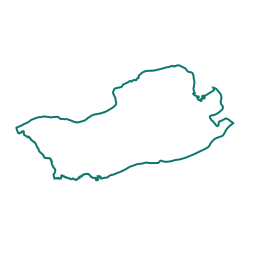 Bener Meriah, Aceh, Indonesia, rotated 329°
{"feature_id": "22746128B4257100474226", "entity_name": "Bener Meriah", "entity_type": "district", "adm_level": 2, "iso_a3": "IDN", "parent_name": "Indonesia", "parent_adm1": "Aceh", "projection": "mercator", "projection_center": [96.897, 4.775], "detail": "fine", "context": "isolated", "style": "outline", "palette": "teal", "viewbox_px": 256, "rotation_deg": 329, "n_neighbors": 0, "source": "geoboundaries", "source_scale": "gbopen_adm2", "svg_char_len": 5625}
<svg xmlns="http://www.w3.org/2000/svg" viewBox="0 0 256 256"><g transform="rotate(329 128 128)"><path d="M220.6,178.1L220.1,176.3L219.5,175.3L218.6,172.7L217.1,170.4L216.5,170.1L214.2,170.1L213.4,169.9L211.1,169.9L209.5,169.4L209.0,169.7L208.1,170.6L206.8,172.4L205.6,172.4L205.3,172.2L205.0,171.5L204.7,168.8L204.2,165.9L203.6,164.4L203.5,162.1L203.7,160.7L204.2,160.3L204.8,160.1L205.6,160.2L206.9,160.5L208.1,161.1L209.5,161.4L211.6,161.5L213.4,161.5L215.0,161.3L218.4,160.6L219.4,159.9L220.0,159.3L220.3,158.3L220.4,157.3L220.2,156.0L220.2,154.9L220.5,154.0L221.8,152.2L222.8,151.2L223.5,150.3L224.1,149.3L224.6,147.8L224.7,146.5L224.7,145.1L223.7,139.7L222.8,138.4L221.8,137.4L221.7,139.1L221.4,139.5L220.9,139.9L213.9,140.0L212.4,140.1L211.1,140.1L210.5,139.8L208.9,138.9L208.2,138.9L208.0,139.0L207.9,139.3L207.8,139.5L207.9,139.8L208.1,140.0L209.2,140.3L209.6,140.7L209.4,141.4L208.7,142.0L207.8,141.7L207.3,141.4L207.1,140.9L206.7,140.7L206.3,140.6L205.8,140.8L205.5,141.0L205.2,142.1L204.9,142.5L204.5,142.5L204.3,142.3L203.9,141.4L203.2,140.5L202.7,139.5L202.8,138.9L203.7,138.4L204.3,138.3L204.6,138.1L204.7,137.2L204.0,136.9L203.5,137.2L203.1,137.1L203.0,136.6L203.2,136.2L203.1,135.7L202.8,135.1L202.5,134.7L201.9,134.2L201.7,133.8L201.5,132.2L203.3,132.4L203.3,131.6L203.5,130.1L203.9,129.1L204.4,128.0L207.8,124.1L209.0,122.0L209.8,119.5L210.7,117.7L211.3,116.2L211.5,114.9L211.4,113.7L211.0,113.0L210.1,112.3L208.6,110.7L208.2,109.7L208.0,107.5L207.6,106.0L205.9,103.5L204.6,101.2L203.8,100.5L202.8,99.8L201.7,99.5L199.5,99.1L199.5,98.7L198.4,98.3L198.1,97.7L197.1,97.1L196.1,97.2L194.6,96.8L192.1,95.8L189.7,95.2L182.4,93.0L179.3,91.9L174.8,89.4L173.1,88.6L171.6,88.1L171.0,88.1L169.5,87.9L168.0,87.9L166.7,88.3L165.1,88.4L163.7,89.0L163.3,90.2L163.0,90.5L162.6,90.6L161.5,90.3L161.1,90.3L160.0,91.1L159.6,91.2L159.2,91.1L158.7,90.3L158.4,90.1L157.9,90.1L157.3,89.8L156.8,89.7L155.3,90.1L154.4,89.6L154.3,89.1L154.1,88.8L153.6,88.7L150.8,88.8L146.2,88.2L144.1,89.4L143.2,89.4L137.7,87.5L136.4,87.6L135.9,87.9L133.7,89.5L133.3,90.2L133.0,91.3L132.9,93.2L132.7,94.7L132.8,95.0L132.7,95.7L132.4,96.4L131.8,97.3L131.1,99.9L130.6,100.8L130.0,101.4L129.0,102.0L126.8,102.5L124.5,102.7L118.0,102.6L114.2,101.9L111.0,101.0L106.0,99.1L104.7,98.8L103.3,98.6L99.4,98.7L95.4,99.3L93.4,98.9L90.1,98.1L88.2,97.5L86.8,96.7L85.2,95.3L82.4,91.5L80.1,88.8L78.1,87.8L76.2,86.2L74.9,85.5L74.5,84.8L73.9,82.7L72.8,81.8L71.5,81.1L70.2,80.6L69.0,79.7L67.1,79.2L66.3,78.1L65.7,77.8L63.8,76.2L62.1,75.0L59.8,74.0L58.1,73.5L57.7,73.0L57.2,72.9L56.5,72.5L56.0,72.5L53.9,72.0L49.3,71.2L45.9,71.6L44.5,71.6L42.6,71.4L41.2,71.1L39.9,71.0L39.2,71.1L36.3,70.8L35.5,70.6L34.8,70.6L32.9,70.3L32.5,70.3L32.1,71.2L32.1,71.7L31.6,73.2L31.3,75.7L31.9,76.0L32.0,76.2L32.0,76.6L32.3,76.7L33.2,76.5L33.7,76.6L33.9,76.9L34.4,76.8L34.9,76.5L35.8,76.8L36.1,76.6L36.3,77.0L36.6,77.1L36.5,77.3L36.7,77.9L36.2,78.3L36.0,78.6L35.4,80.7L36.6,82.4L36.8,82.8L37.0,83.0L37.0,83.7L37.3,84.2L38.1,84.7L38.4,84.5L38.5,84.8L38.7,85.3L38.6,86.1L39.0,86.5L38.8,88.4L39.4,89.2L39.5,90.0L39.6,90.6L40.1,91.3L40.6,91.6L40.5,92.8L40.9,94.5L40.5,95.9L40.6,96.3L40.3,97.0L40.2,98.2L40.6,99.2L40.6,99.7L40.1,100.7L39.9,101.9L40.3,104.0L40.7,105.1L40.8,105.5L41.2,106.5L41.4,107.7L41.4,108.7L40.9,109.5L41.3,110.2L41.7,111.3L42.1,111.5L42.5,111.5L43.4,112.2L43.9,112.9L44.4,112.9L45.4,113.6L45.5,114.5L45.8,114.9L45.8,115.3L45.6,115.6L45.3,115.7L45.1,116.3L45.5,116.6L45.5,117.6L45.3,118.0L44.8,118.3L44.5,118.8L44.1,119.9L44.1,121.6L43.8,122.7L43.8,123.4L44.1,124.6L44.1,126.6L44.0,126.8L42.5,128.2L42.0,128.8L41.1,129.0L40.2,129.5L39.4,131.8L39.0,133.5L39.5,133.6L40.0,133.7L40.2,134.0L40.8,134.3L41.3,134.3L41.4,134.5L41.4,134.8L42.2,134.7L42.6,134.9L42.6,135.3L42.9,135.6L43.0,136.1L43.6,136.4L43.8,136.4L44.4,136.7L44.6,136.1L45.6,135.7L45.9,135.2L46.3,134.5L46.8,134.4L47.0,134.5L47.2,135.8L48.2,136.0L48.3,136.2L48.2,137.1L48.8,137.9L49.1,138.0L49.3,138.3L49.7,138.4L49.9,138.6L49.9,139.2L50.2,139.4L50.7,139.7L50.9,140.0L50.9,140.3L51.3,140.8L51.8,140.9L52.1,141.2L52.3,141.5L52.3,142.0L52.7,142.5L53.5,142.9L54.7,142.9L54.9,142.9L55.1,143.7L55.5,144.5L56.2,144.8L56.5,145.1L57.0,145.6L56.9,145.9L57.1,146.0L57.2,145.9L57.6,145.9L57.8,145.7L58.2,145.7L58.5,145.5L58.8,145.7L59.0,145.6L59.9,145.5L60.4,145.8L60.6,145.0L61.2,145.1L62.1,144.9L62.3,145.5L62.6,145.6L63.3,145.5L63.6,145.6L63.8,145.1L64.2,144.9L64.8,145.2L66.1,145.0L66.4,145.0L66.9,145.4L67.6,145.4L67.8,145.7L68.6,145.9L68.9,146.3L69.4,146.3L69.8,146.7L70.2,146.8L71.1,149.2L71.0,150.0L71.0,150.5L71.2,150.9L71.3,150.9L71.4,151.2L71.7,151.2L71.9,152.0L72.2,152.6L72.8,153.0L73.0,153.5L73.9,153.5L74.7,154.3L74.7,154.7L74.5,155.2L74.3,155.3L74.3,155.6L74.0,155.8L73.8,156.2L74.1,156.7L75.1,156.8L75.5,157.0L75.9,156.6L75.8,155.8L76.0,155.2L76.3,155.1L76.4,154.9L77.2,154.3L77.2,154.0L77.5,154.2L78.5,154.2L78.6,154.6L78.4,155.1L79.3,155.7L78.9,156.6L78.5,156.9L78.8,157.2L79.0,157.3L79.2,157.6L79.7,158.0L80.4,158.0L81.4,158.2L83.0,159.0L84.1,159.5L85.2,159.7L87.8,159.4L89.1,159.6L92.5,160.7L95.4,160.9L97.6,161.5L102.4,162.0L105.1,162.2L106.6,162.2L107.5,162.1L109.7,162.2L117.1,163.7L118.7,164.3L122.1,165.9L125.4,166.8L126.7,167.7L128.8,169.4L135.6,173.4L136.5,173.5L138.6,172.8L139.1,172.8L139.7,173.2L141.0,174.8L142.0,175.7L143.2,176.5L144.3,177.2L147.9,178.7L151.9,179.8L156.4,181.6L157.6,182.0L161.7,183.0L164.3,183.5L172.0,184.6L178.8,185.2L182.2,185.6L186.3,185.7L187.3,185.6L188.9,184.9L191.2,183.6L192.6,183.0L195.3,182.3L197.0,182.1L198.9,182.2L204.3,183.3L205.5,183.3L206.6,182.9L211.8,179.8L214.7,178.9L216.4,178.6L220.6,178.1Z" fill="none" stroke="#0f766e" stroke-width="2"/></g></svg>